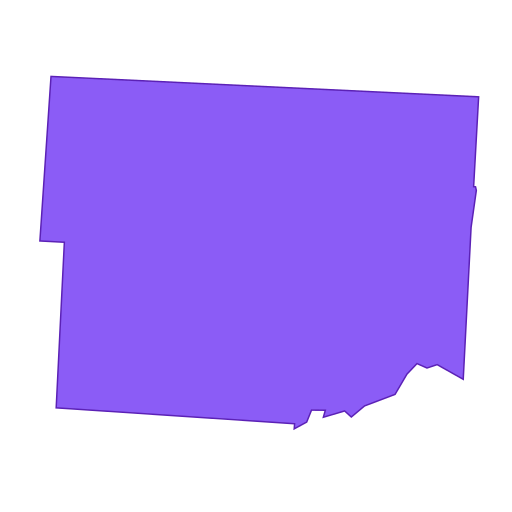 outline of Kaufman, Texas, United States of America, rotated 273°
{"feature_id": "52423323B57409714288179", "entity_name": "Kaufman", "entity_type": "district", "adm_level": 2, "iso_a3": "USA", "parent_name": "United States of America", "parent_adm1": "Texas", "projection": "orthographic", "projection_center": [-96.401, 32.598], "detail": "fine", "context": "isolated", "style": "filled", "palette": "violet", "viewbox_px": 512, "rotation_deg": 273, "n_neighbors": 0, "source": "geoboundaries", "source_scale": "gbopen_adm2", "svg_char_len": 470}
<svg xmlns="http://www.w3.org/2000/svg" viewBox="0 0 512 512"><g transform="rotate(273 256 256)"><path d="M93.9,64.4L93.7,80.0L90.5,303.3L85.4,303.2L92.8,315.3L105.0,319.5L105.6,333.3L98.5,331.7L105.9,352.6L100.2,359.6L112.0,372.3L125.1,402.1L145.9,412.9L157.0,422.4L153.1,432.6L157.0,442.6L143.7,469.4L295.9,469.3L333.0,472.6L336.6,471.6L336.6,469.7L426.6,470.0L424.6,41.9L259.7,39.4L259.7,63.9L93.9,64.4Z" fill="#8b5cf6" stroke="#5b21b6" stroke-width="1.5"/></g></svg>